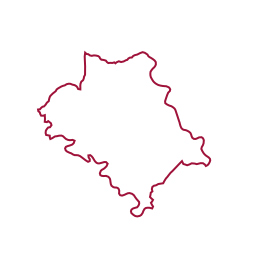 outline of Anita Garibaldi, Santa Catarina, Brazil, rotated 208°
{"feature_id": "56859067B7294135466211", "entity_name": "Anita Garibaldi", "entity_type": "district", "adm_level": 2, "iso_a3": "BRA", "parent_name": "Brazil", "parent_adm1": "Santa Catarina", "projection": "orthographic", "projection_center": [-51.083, -27.731], "detail": "fine", "context": "isolated", "style": "outline", "palette": "rose", "viewbox_px": 256, "rotation_deg": 208, "n_neighbors": 0, "source": "geoboundaries", "source_scale": "gbopen_adm2", "svg_char_len": 3785}
<svg xmlns="http://www.w3.org/2000/svg" viewBox="0 0 256 256"><g transform="rotate(208 128 128)"><path d="M85.1,54.5L82.3,53.8L80.2,53.7L78.3,54.3L76.4,55.9L75.5,57.4L75.2,59.7L75.5,62.2L75.4,64.4L74.7,65.7L73.6,66.6L72.0,67.5L70.6,67.9L68.9,68.3L69.0,70.4L70.9,71.5L72.6,72.7L72.2,74.5L72.2,76.3L74.4,76.8L76.2,77.4L76.6,79.0L77.5,81.6L76.7,83.5L78.3,85.3L78.8,87.4L78.0,89.2L76.4,90.5L74.9,92.8L72.9,94.3L71.0,95.7L71.0,98.7L70.8,101.3L70.3,103.2L69.9,105.7L69.4,108.4L68.5,111.0L65.8,120.7L64.8,124.1L62.2,122.2L60.3,122.6L58.3,122.9L56.6,124.7L55.2,126.7L52.4,127.9L50.3,128.4L49.0,129.6L47.3,131.1L45.2,132.1L42.9,131.8L41.4,131.0L40.3,132.6L39.9,134.4L39.9,136.2L40.2,138.0L41.1,139.2L42.9,139.9L44.9,140.1L46.5,140.3L48.0,140.7L49.5,141.3L51.5,142.5L53.4,143.9L53.9,145.8L53.8,148.0L54.1,150.0L55.3,152.8L56.9,154.1L58.7,154.4L60.8,153.1L62.1,151.3L63.1,150.1L64.8,149.3L66.7,149.6L68.2,150.8L69.2,151.9L70.7,153.0L72.8,153.4L74.4,153.4L76.1,153.2L77.8,152.6L79.2,152.5L80.8,153.0L82.4,154.2L83.9,155.7L85.1,157.1L86.3,158.2L89.4,161.2L93.7,165.3L94.8,166.3L96.0,167.0L97.7,167.4L99.9,167.6L102.0,167.2L104.5,167.1L106.7,167.4L107.8,169.0L108.2,171.2L108.5,173.0L108.9,175.6L109.1,178.1L108.4,180.3L108.9,182.0L110.6,183.0L112.1,183.0L113.9,182.8L115.4,182.1L117.1,181.4L119.2,180.7L121.4,180.2L123.1,180.2L124.7,180.3L126.5,180.7L128.0,181.3L129.2,182.0L130.5,182.8L131.8,183.7L133.0,185.1L133.9,186.7L134.5,188.2L134.4,189.9L134.0,192.1L133.4,193.7L133.1,195.4L133.2,197.1L134.4,199.2L136.2,200.1L138.5,200.5L140.8,200.7L142.4,200.7L143.8,201.0L145.3,202.0L148.5,202.3L150.7,201.8L152.5,199.8L154.3,197.2L156.1,195.6L157.2,194.1L157.7,192.0L159.3,191.1L160.3,189.6L160.6,187.9L161.7,186.8L163.1,184.7L165.1,183.0L167.4,182.6L168.9,180.7L169.5,179.2L170.9,179.5L172.3,178.1L174.3,177.2L175.9,176.1L177.5,176.3L179.1,177.1L180.8,176.8L182.2,176.4L183.6,175.8L185.3,176.3L186.6,177.3L188.1,177.5L190.1,177.0L192.2,176.1L193.9,174.7L195.7,174.2L197.7,174.5L199.3,173.9L201.2,174.4L199.8,170.8L194.8,162.3L190.9,154.8L190.9,152.7L190.3,150.9L190.1,149.1L191.0,147.0L190.7,144.7L189.9,142.8L189.1,141.4L188.2,139.7L190.3,139.0L191.9,140.2L193.3,140.7L195.2,140.8L197.4,140.2L199.5,140.0L201.1,139.3L202.8,137.8L203.8,136.0L205.1,134.8L206.3,133.4L207.3,131.8L208.2,130.4L209.1,128.5L209.1,126.7L209.7,125.2L210.6,123.2L211.2,121.3L211.7,119.4L211.4,117.2L210.6,114.5L211.5,112.3L211.7,109.8L212.3,107.6L213.5,106.6L214.2,104.8L214.5,103.2L216.1,102.1L215.0,100.7L213.2,100.4L212.0,99.1L210.5,98.1L208.7,99.0L207.5,100.3L206.7,98.9L205.6,97.1L204.4,94.4L202.3,95.1L201.7,96.6L199.9,96.3L198.3,96.0L196.9,94.6L197.2,92.1L198.7,91.0L199.1,89.3L199.3,87.2L198.4,84.9L197.0,83.4L195.2,84.0L193.5,84.5L192.5,82.8L191.4,81.8L190.1,83.5L188.5,86.3L186.9,87.4L185.2,88.9L183.1,90.1L181.3,90.2L179.7,89.7L177.7,89.2L175.5,89.3L173.5,90.0L171.3,91.5L169.2,91.7L168.8,89.2L169.4,87.3L170.4,86.1L171.4,85.0L172.7,83.8L174.0,82.2L174.0,80.5L172.5,79.0L170.8,78.6L168.1,78.7L166.1,79.0L164.2,78.8L162.3,79.0L160.6,79.9L159.2,80.5L157.2,80.7L155.1,80.4L153.2,80.1L150.2,79.6L147.4,79.4L146.3,80.8L147.1,82.5L148.9,83.5L150.1,85.2L148.6,86.3L147.0,86.0L145.2,85.3L143.1,84.0L141.5,83.1L139.5,82.5L138.1,82.6L136.8,83.2L135.6,84.3L134.2,85.6L133.0,86.8L131.4,87.6L129.2,86.9L129.0,84.2L129.7,81.9L130.3,80.5L131.2,79.2L131.9,77.6L131.6,74.8L130.3,73.4L128.9,73.4L127.4,73.9L126.2,74.6L124.9,75.4L122.4,75.7L120.4,74.9L119.3,73.8L118.1,72.1L116.9,70.5L115.5,69.3L113.1,68.9L111.6,69.3L110.2,70.0L108.9,70.2L107.5,69.7L106.3,68.5L105.1,65.9L103.4,65.0L101.5,65.5L99.8,67.3L98.4,69.2L97.4,70.4L96.0,71.3L93.5,71.8L91.2,71.4L89.4,70.4L87.4,69.4L85.3,68.6L83.5,67.9L82.6,66.5L82.3,64.6L82.7,62.3L84.0,61.1L85.7,59.4L86.6,57.6L86.4,56.0L85.1,54.5Z" fill="none" stroke="#9f1239" stroke-width="2"/></g></svg>